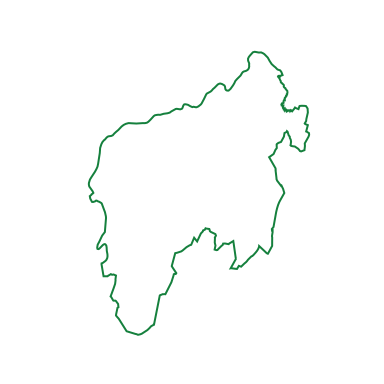 outline of Padures pag., Kuldigas, Latvia, rotated 282°
{"feature_id": "27541924B64598034075876", "entity_name": "Padures pag.", "entity_type": "district", "adm_level": 2, "iso_a3": "LVA", "parent_name": "Latvia", "parent_adm1": "Kuldigas", "projection": "equal_earth", "projection_center": [21.889, 57.036], "detail": "fine", "context": "isolated", "style": "outline", "palette": "green", "viewbox_px": 384, "rotation_deg": 282, "n_neighbors": 0, "source": "geoboundaries", "source_scale": "gbopen_adm2", "svg_char_len": 6000}
<svg xmlns="http://www.w3.org/2000/svg" viewBox="0 0 384 384"><g transform="rotate(282 192 192)"><path d="M109.4,193.5L114.2,188.6L115.3,187.6L128.7,188.3L129.5,190.1L131.7,193.9L133.0,195.1L136.9,198.1L139.4,200.8L140.2,202.2L147.7,203.6L144.7,207.3L153.3,209.3L155.7,210.8L156.7,210.8L157.8,212.4L159.3,212.8L159.2,213.6L159.4,216.6L159.0,216.9L157.5,217.6L156.9,218.6L155.7,223.6L154.3,224.5L152.5,223.9L152.2,223.8L151.8,224.0L147.2,224.8L144.5,226.1L140.4,226.1L140.2,228.0L140.6,229.0L141.4,229.4L145.5,232.1L146.5,233.0L148.0,233.2L148.5,235.1L148.6,238.7L149.2,239.0L152.6,242.6L149.1,243.9L136.5,248.5L136.1,248.9L136.2,249.0L125.4,245.7L125.6,246.2L125.9,250.2L126.1,252.0L129.5,253.2L129.2,255.6L132.8,258.0L134.7,259.5L136.1,260.3L137.3,260.8L139.3,262.1L141.4,263.5L141.9,264.3L143.3,265.3L146.1,266.9L148.1,267.9L150.1,268.6L152.2,269.0L153.1,268.9L149.3,275.2L147.8,277.6L147.4,278.7L147.4,279.1L155.9,281.6L164.2,279.9L165.5,279.4L169.4,279.2L171.3,278.8L171.0,278.3L172.4,277.8L174.7,279.0L190.0,278.5L193.6,278.6L197.1,278.9L200.0,279.4L202.2,280.0L210.2,282.5L213.9,280.5L216.9,278.2L216.5,277.9L220.8,272.9L222.3,271.9L222.7,271.9L230.7,269.2L230.8,269.3L232.5,268.8L242.1,260.2L246.1,263.9L250.8,264.9L251.7,265.4L252.6,265.8L255.7,265.0L256.2,264.9L256.5,265.0L258.0,266.3L259.5,268.7L265.3,270.4L268.9,270.2L270.6,272.3L271.2,272.3L270.9,272.9L267.5,274.8L266.5,276.1L265.3,276.4L263.7,277.7L261.6,278.5L260.5,278.5L259.3,278.7L258.2,278.6L257.7,279.4L257.7,281.1L257.9,283.1L256.4,286.8L255.6,287.9L254.5,289.1L254.4,290.3L256.3,293.3L260.5,292.9L263.0,292.2L270.4,294.5L272.3,294.7L273.9,294.2L275.0,291.3L275.0,291.1L281.5,291.4L282.0,288.6L282.5,288.0L285.1,288.9L287.1,288.7L293.8,288.8L297.7,287.7L299.7,285.7L299.7,284.6L299.2,281.6L298.6,279.6L298.4,279.3L295.2,278.9L295.8,275.5L296.0,275.2L294.3,274.5L291.8,273.2L292.1,272.8L292.1,272.5L292.4,272.3L292.3,272.1L291.9,272.0L291.7,272.0L291.6,271.8L291.9,271.6L292.4,271.6L292.5,271.5L292.2,271.3L291.7,271.1L292.3,270.8L292.2,270.5L291.9,270.5L291.8,270.3L292.1,269.7L291.8,269.2L291.2,268.9L291.3,268.7L290.9,268.3L291.4,268.3L291.7,268.1L291.6,267.9L291.3,267.4L291.9,267.2L292.0,267.1L291.3,266.7L291.0,266.5L291.0,266.3L291.9,266.3L292.1,266.2L292.1,265.9L292.9,265.5L292.6,265.3L291.5,265.2L292.1,264.8L292.0,264.5L292.6,264.3L292.5,264.2L293.1,263.5L293.5,263.5L293.4,263.8L293.8,263.7L293.8,263.3L294.0,263.1L294.3,263.1L294.6,263.4L295.1,263.4L294.9,263.1L294.9,262.9L295.3,262.9L295.8,262.6L295.6,261.8L295.9,261.7L295.7,261.5L296.1,261.3L296.5,261.6L296.9,261.4L297.1,261.5L297.3,261.9L297.5,261.9L297.5,262.4L298.2,263.0L298.5,262.8L299.0,262.9L299.4,262.7L300.3,262.7L300.6,262.8L300.2,263.0L300.8,263.0L301.3,263.3L301.1,263.3L301.1,263.7L302.2,263.4L303.1,263.3L303.0,263.2L303.3,263.2L303.5,263.3L303.4,263.5L303.5,263.6L305.0,264.1L305.4,264.4L305.5,264.4L305.4,264.0L305.8,264.0L305.9,264.3L306.0,264.4L306.6,264.5L307.0,264.8L307.5,264.7L307.4,264.5L307.6,264.4L308.1,264.7L309.1,264.7L310.7,264.2L310.9,264.0L311.6,262.9L312.0,262.6L312.2,262.3L312.5,261.9L313.0,261.7L313.3,260.8L313.9,260.0L314.2,259.8L315.4,259.7L315.9,259.4L316.3,258.8L316.5,258.1L317.1,257.6L317.2,257.3L317.4,256.6L318.0,256.0L318.9,255.8L320.1,254.7L321.0,254.2L321.2,253.9L321.5,253.7L322.3,252.6L322.8,252.1L323.2,252.2L323.5,252.4L323.5,252.7L323.8,253.1L323.7,253.3L323.4,253.7L323.3,254.1L323.3,254.3L324.0,254.6L324.7,255.1L324.9,255.9L325.2,256.3L327.9,254.5L329.3,253.0L329.6,250.2L330.6,248.6L331.1,248.0L332.1,246.0L333.7,243.3L336.4,240.6L339.2,238.2L341.9,234.1L342.5,232.5L342.9,230.6L342.3,228.4L342.2,224.2L341.3,222.5L337.3,220.2L335.8,219.5L334.0,219.1L332.1,219.6L329.7,221.2L327.9,221.5L326.5,221.9L324.5,221.8L322.9,221.0L321.6,219.5L320.7,217.7L319.9,216.8L318.7,216.2L316.0,215.3L311.9,212.6L309.6,211.3L307.3,210.8L304.9,210.0L300.8,208.2L298.8,206.7L298.5,205.2L298.8,204.1L299.5,203.3L302.1,202.3L303.0,201.5L303.8,199.2L304.0,197.3L303.7,196.3L302.6,194.9L298.7,192.4L297.0,191.1L295.3,190.2L294.1,189.3L291.3,186.0L290.4,185.6L285.5,184.4L280.6,183.0L279.4,182.4L277.0,180.4L275.9,178.9L275.7,178.3L275.7,175.8L275.1,174.7L275.6,172.4L276.4,170.1L276.5,168.7L276.4,166.9L275.9,166.0L274.6,165.5L272.2,165.2L271.3,164.8L270.4,163.3L270.2,159.8L269.8,158.8L266.5,155.0L265.0,153.7L263.9,151.6L262.6,148.0L260.9,144.9L260.5,142.7L259.8,140.8L259.2,139.6L258.3,138.8L254.0,136.3L251.6,134.7L250.4,133.5L249.6,131.7L249.0,129.0L247.4,123.3L246.2,115.6L244.9,113.1L243.4,111.2L241.4,109.5L237.3,107.0L235.0,105.2L233.0,103.8L231.0,102.7L230.0,101.3L229.2,99.0L228.8,98.3L228.2,97.7L227.4,97.1L225.0,95.8L224.3,95.1L223.1,94.5L222.2,94.0L219.9,93.4L216.0,93.0L210.9,93.7L200.0,94.3L197.2,94.3L194.8,93.8L191.7,92.9L185.8,90.6L183.0,89.6L179.7,89.3L178.5,89.4L177.5,89.7L176.0,90.4L172.1,94.6L170.6,95.7L169.8,95.2L168.8,94.2L168.4,94.2L167.8,93.8L166.7,92.9L164.5,93.8L163.4,94.6L163.1,95.0L161.6,96.1L161.6,97.2L162.3,98.4L162.5,98.9L163.7,100.0L163.7,100.8L163.4,101.5L163.1,103.4L162.4,105.5L162.0,106.1L154.1,111.1L150.4,112.8L148.7,113.3L134.7,115.1L130.7,113.2L124.3,111.7L120.9,110.7L118.1,110.8L117.2,111.1L116.7,111.4L116.7,112.4L117.0,112.8L117.9,113.5L121.7,115.9L122.4,116.6L122.8,117.2L122.9,117.8L122.7,118.3L121.8,119.3L120.1,120.0L116.7,120.9L113.6,122.2L111.7,122.7L110.5,122.8L109.6,122.8L107.6,122.3L106.5,121.6L103.9,119.3L103.4,118.4L102.6,118.5L91.2,123.0L92.0,126.9L92.8,127.5L93.6,128.5L94.8,129.7L94.4,131.0L95.0,132.4L94.5,135.0L90.7,135.3L89.6,135.6L86.1,135.9L81.2,135.3L72.9,134.1L72.6,134.7L69.5,137.5L69.4,137.9L69.8,139.5L69.6,140.2L67.1,143.0L64.0,144.0L63.3,143.2L56.9,143.2L55.5,143.3L54.8,144.0L52.8,146.7L42.2,157.0L41.4,166.1L41.4,167.3L41.1,168.9L42.0,170.9L42.9,172.3L47.7,177.1L50.2,178.8L52.0,179.8L52.5,180.2L53.5,181.5L53.9,181.8L55.0,182.2L54.9,182.4L84.0,182.0L84.6,182.4L85.1,183.4L85.9,184.4L86.3,186.1L86.5,186.7L86.5,187.2L99.4,190.6L106.3,191.3L107.8,191.3L108.4,192.2L108.4,193.1L109.4,193.5Z" fill="none" stroke="#15803d" stroke-width="2"/></g></svg>